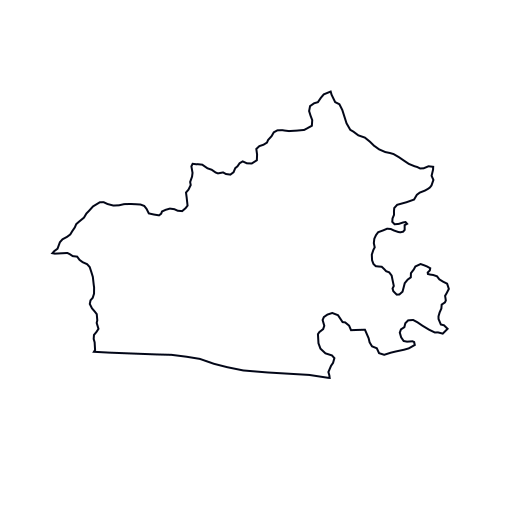 outline of Rehovot, HaMerkaz, Israel, rotated 254°
{"feature_id": "584046B25822139954764", "entity_name": "Rehovot", "entity_type": "district", "adm_level": 2, "iso_a3": "ISR", "parent_name": "Israel", "parent_adm1": "HaMerkaz", "projection": "robinson", "projection_center": [34.769, 31.885], "detail": "fine", "context": "isolated", "style": "outline", "palette": "ink", "viewbox_px": 512, "rotation_deg": 254, "n_neighbors": 0, "source": "geoboundaries", "source_scale": "gbopen_adm2", "svg_char_len": 3688}
<svg xmlns="http://www.w3.org/2000/svg" viewBox="0 0 512 512"><g transform="rotate(254 256 256)"><path d="M393.5,373.1L392.7,365.7L390.3,362.1L386.8,357.9L386.8,354.0L385.2,349.3L380.7,347.0L376.1,347.1L371.1,347.5L365.8,345.6L363.9,337.1L365.3,329.7L367.0,322.1L368.6,318.3L369.7,316.0L370.9,311.2L370.0,307.2L366.9,304.0L364.2,299.6L362.0,297.8L360.9,293.9L360.7,289.5L358.8,285.8L353.2,285.0L347.8,283.2L346.1,277.4L347.6,272.8L350.6,269.3L349.7,265.8L347.3,262.9L346.2,260.3L342.7,257.5L341.3,253.8L343.1,249.7L345.4,247.4L345.9,242.2L347.4,240.2L351.1,237.2L353.7,233.5L358.6,229.5L360.4,225.1L360.5,224.2L362.1,220.5L360.0,218.6L353.4,217.9L349.9,216.4L345.3,213.1L342.2,212.8L338.4,209.4L336.3,206.2L331.5,205.5L323.3,204.1L321.4,201.5L319.5,197.4L321.1,193.2L323.5,190.4L325.3,186.3L325.3,181.9L324.7,177.9L322.8,176.5L321.8,174.0L324.0,169.3L326.5,164.7L331.4,163.8L334.9,162.4L337.3,159.2L338.9,154.7L340.6,149.7L342.2,143.6L342.5,138.3L343.8,132.8L346.9,127.6L349.7,124.4L350.7,120.7L348.6,113.0L345.3,107.7L343.6,104.7L340.3,101.2L337.8,95.4L336.2,92.0L333.4,89.7L330.5,86.2L327.9,83.4L326.5,79.7L325.4,74.6L323.3,71.3L317.7,67.2L316.3,63.4L314.8,61.1L313.7,63.3L312.3,69.4L310.9,75.5L309.1,77.5L306.4,79.8L304.7,83.9L300.9,85.3L297.8,87.7L294.7,91.4L291.2,93.1L286.0,93.3L280.9,93.4L273.2,92.1L270.4,91.7L264.4,89.9L260.8,87.5L259.0,84.7L255.7,83.0L250.9,83.9L247.0,85.7L244.0,86.9L237.9,85.7L235.6,84.4L229.4,84.5L226.9,81.6L224.8,78.5L221.0,77.1L217.5,77.1L210.0,75.4L208.6,73.8L203.6,88.2L197.6,106.4L188.7,133.5L184.3,147.5L178.3,161.5L172.6,173.6L164.0,185.8L157.1,197.6L149.5,212.2L140.9,234.9L127.0,274.4L119.1,291.6L118.5,293.2L121.0,293.6L124.5,293.6L129.8,297.9L132.0,300.6L136.2,303.2L139.5,301.6L143.3,295.9L149.2,292.4L154.9,292.0L163.8,294.0L165.4,295.9L167.2,300.4L170.1,302.4L176.1,302.4L178.6,304.4L180.0,308.5L180.2,313.6L176.5,318.5L168.6,321.0L167.6,323.4L163.4,326.3L158.5,326.9L156.9,333.4L155.1,340.4L145.9,341.6L141.7,341.4L137.2,342.6L134.0,346.7L128.7,347.5L125.7,352.0L125.9,359.0L125.7,363.9L125.1,372.5L125.1,377.4L126.7,384.1L129.7,384.3L130.9,382.9L132.0,377.6L133.6,374.5L137.8,373.1L142.7,373.1L145.5,375.1L146.7,379.0L150.2,381.0L152.2,384.5L151.2,389.4L147.8,392.9L143.1,396.8L137.4,402.1L133.2,406.8L132.4,409.9L129.9,414.1L133.2,420.1L137.6,417.6L139.2,414.8L145.1,414.1L147.7,414.8L151.2,417.0L154.4,419.7L158.1,421.1L159.3,424.8L160.9,426.2L165.6,426.8L167.6,428.9L171.2,432.3L176.7,432.1L179.8,428.7L183.0,425.8L186.6,424.4L188.9,421.1L190.2,418.2L191.3,416.3L192.8,416.5L194.2,419.1L196.2,420.1L198.9,417.4L200.7,415.1L202.9,412.0L202.0,406.3L199.6,404.0L196.8,400.2L192.8,398.9L191.5,395.3L188.9,391.5L184.8,389.1L181.3,387.0L179.5,383.2L180.1,380.6L184.3,378.3L187.1,378.3L189.2,380.2L194.8,380.6L199.8,381.0L203.6,379.5L205.5,376.9L207.9,375.7L211.0,373.9L212.1,371.0L213.2,368.3L216.0,366.7L219.9,366.4L225.4,367.7L229.5,370.5L231.6,372.5L235.9,372.8L240.0,374.5L243.1,377.2L245.2,380.0L245.6,385.5L246.1,389.6L244.8,393.0L242.6,395.5L239.9,399.3L239.0,401.2L238.8,404.1L240.1,406.1L244.7,407.4L245.3,410.1L247.4,409.1L247.7,406.7L247.5,402.1L248.3,398.0L251.3,396.4L254.5,397.6L257.5,400.0L261.1,401.0L264.0,402.1L266.3,405.8L266.2,415.5L266.7,423.5L270.5,427.5L271.8,430.9L272.3,436.3L273.1,439.7L273.9,442.0L275.4,444.1L280.2,447.5L284.7,446.9L290.2,450.0L292.9,450.9L294.7,446.6L294.1,441.3L294.9,437.9L297.1,435.5L298.6,433.1L302.4,428.3L306.9,424.5L311.5,420.7L316.1,416.3L318.1,413.1L320.3,408.9L324.6,403.7L328.7,400.5L329.2,400.0L334.5,397.0L339.8,393.3L343.8,387.6L348.7,383.9L351.3,381.4L358.6,379.6L372.6,379.2L378.9,378.0L382.1,374.5L390.2,373.1L393.5,373.1Z" fill="none" stroke="#020617" stroke-width="2"/></g></svg>